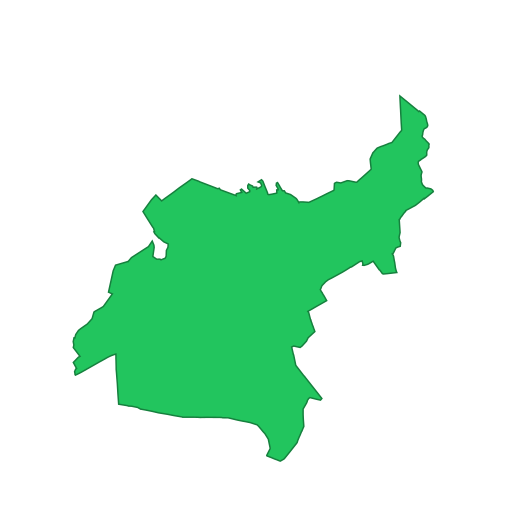 Varakļānu pag., Varaklanu, Latvia (Albers equal-area conic projection), rotated 15°
{"feature_id": "27541924B80476747550323", "entity_name": "Varakļānu pag.", "entity_type": "district", "adm_level": 2, "iso_a3": "LVA", "parent_name": "Latvia", "parent_adm1": "Varaklanu", "projection": "albers", "projection_center": [26.71, 56.607], "detail": "fine", "context": "isolated", "style": "filled", "palette": "green", "viewbox_px": 512, "rotation_deg": 15, "n_neighbors": 0, "source": "geoboundaries", "source_scale": "gbopen_adm2", "svg_char_len": 5958}
<svg xmlns="http://www.w3.org/2000/svg" viewBox="0 0 512 512"><g transform="rotate(15 256 256)"><path d="M133.2,294.8L122.7,301.2L121.9,307.3L122.9,329.1L127.1,329.8L121.6,344.3L120.2,345.8L114.2,351.7L114.0,352.2L113.9,359.0L111.3,364.1L110.8,365.2L105.6,371.4L103.8,373.8L102.2,378.5L102.2,382.1L101.4,382.1L101.6,386.0L103.1,389.1L103.2,391.7L112.0,398.5L110.7,399.6L107.1,406.1L111.8,411.1L111.1,411.9L110.7,414.7L111.7,416.7L111.9,417.4L112.4,417.8L114.4,416.1L116.0,414.7L117.6,413.2L131.4,399.6L132.2,398.8L133.8,397.3L138.9,392.3L140.6,390.8L142.5,389.3L144.4,388.0L146.0,387.0L146.5,388.5L146.8,389.5L147.2,391.1L147.8,393.0L149.5,398.8L150.3,401.7L151.4,404.7L155.1,415.2L158.6,425.7L161.7,434.7L170.7,433.8L171.4,434.0L174.6,433.3L180.9,432.9L184.2,433.8L184.5,433.7L189.5,433.3L196.0,432.9L202.5,432.7L211.4,431.8L217.6,431.4L226.2,430.6L226.8,430.7L236.8,428.0L241.2,426.9L243.8,426.4L248.7,425.0L249.2,424.8L261.2,421.7L264.3,420.9L265.5,420.9L271.0,419.5L279.5,419.3L281.8,419.2L286.4,418.9L286.5,418.9L288.5,418.7L293.4,418.4L300.9,418.8L302.9,420.0L308.4,423.9L310.6,425.3L315.2,429.6L315.4,429.9L319.5,438.1L319.5,438.5L318.0,445.7L318.0,445.9L318.4,446.3L320.0,446.4L321.1,446.6L321.7,446.6L324.1,446.9L327.0,447.3L328.8,447.4L331.8,447.8L332.6,447.8L335.4,445.0L335.8,444.5L339.3,436.6L342.7,428.7L343.0,428.0L343.6,426.7L344.0,425.5L344.1,423.2L344.6,419.4L344.9,417.8L345.4,413.9L345.6,413.5L346.0,410.3L346.3,408.4L346.3,408.2L344.7,403.6L343.9,401.3L342.6,397.2L341.1,391.6L342.9,384.9L343.1,383.3L343.0,382.4L343.7,380.1L344.7,378.8L351.3,378.7L355.6,378.5L356.5,376.6L345.7,368.5L334.4,360.1L334.3,359.9L332.9,359.1L322.7,351.3L317.9,341.7L317.6,341.5L314.0,334.7L315.7,333.2L322.3,332.9L323.8,331.0L326.8,325.2L327.5,321.5L330.8,316.3L331.5,315.2L332.4,313.8L332.2,313.6L331.6,312.5L331.0,311.8L329.5,309.5L329.4,309.4L328.9,308.7L328.3,308.0L327.4,306.5L325.5,303.9L325.6,303.7L325.4,303.6L324.8,302.8L321.6,297.1L321.2,296.7L320.4,296.1L327.3,289.2L335.8,280.8L331.5,276.4L330.8,275.9L329.1,274.0L328.7,273.9L326.8,271.8L327.1,270.2L327.3,267.8L328.0,266.4L329.4,263.9L329.6,263.4L329.9,262.9L332.0,260.2L334.8,257.7L343.5,249.4L346.6,246.2L347.5,245.2L349.2,243.4L349.9,242.4L350.3,242.4L351.3,241.6L357.6,234.6L359.8,233.3L361.2,235.7L361.4,236.5L361.4,237.3L361.9,237.2L362.8,237.1L366.1,235.1L367.3,234.0L370.5,230.7L378.7,237.5L379.3,237.6L382.5,240.2L383.1,240.4L383.7,240.4L387.5,239.0L396.3,235.5L395.4,234.3L393.8,231.5L391.7,226.5L390.6,224.3L388.9,220.6L388.2,219.6L387.1,218.7L387.9,217.7L389.0,212.1L390.6,210.7L392.8,209.3L392.3,205.7L391.5,204.7L391.1,204.2L389.5,201.3L389.3,200.4L389.2,198.8L389.1,196.1L384.9,183.7L385.4,183.2L385.5,182.3L385.9,181.0L386.5,179.8L387.6,176.8L388.2,175.5L389.0,174.1L388.9,173.3L397.0,165.7L400.0,161.7L403.3,156.9L403.7,157.3L406.7,153.4L407.1,152.8L410.6,148.0L410.3,147.5L410.0,147.2L409.8,146.9L409.2,146.6L408.2,146.1L407.9,146.0L407.1,145.9L404.0,146.0L403.5,146.1L403.1,146.3L402.7,146.4L402.3,146.3L401.0,145.6L399.2,144.6L398.8,144.4L397.8,143.3L396.9,142.0L396.5,141.4L396.4,141.1L396.4,140.6L396.1,139.4L396.0,139.0L395.6,138.0L395.0,136.6L394.6,135.4L394.5,133.8L394.6,132.2L394.5,131.7L389.2,125.6L389.0,125.2L388.4,123.5L388.4,123.0L388.5,122.7L388.7,122.3L389.0,121.8L389.8,121.0L390.3,120.4L390.4,120.0L390.5,119.8L391.0,119.4L391.4,119.0L393.7,116.4L394.7,114.8L394.8,114.3L394.6,113.6L394.4,112.9L394.1,112.0L393.9,110.1L394.1,109.0L394.2,108.5L394.6,107.7L394.8,107.1L394.9,106.7L394.8,105.9L394.5,105.1L394.2,103.9L394.3,103.2L394.2,103.1L394.1,102.9L392.7,102.0L390.6,100.8L388.8,99.5L388.3,99.3L387.4,99.0L386.7,98.6L386.0,98.1L385.4,97.2L385.4,96.9L385.4,96.6L385.6,96.1L385.2,93.3L385.2,91.8L385.3,90.5L385.5,89.8L385.8,89.3L386.3,88.9L386.9,88.4L387.4,87.8L387.8,87.2L388.0,86.8L388.1,86.0L388.1,85.3L387.5,84.1L387.0,83.3L386.1,81.9L385.1,79.8L383.8,77.6L383.2,76.9L382.6,76.4L376.4,73.6L375.8,74.3L375.7,74.2L365.2,69.4L353.6,64.2L354.5,67.1L357.2,75.5L358.0,77.9L358.3,78.9L358.6,79.8L361.8,89.8L364.0,96.3L364.1,96.5L364.0,97.2L363.5,98.4L363.2,98.8L358.9,108.9L358.2,110.6L357.9,111.2L357.0,111.8L355.2,112.9L353.6,114.2L350.2,116.7L348.2,118.0L345.9,119.8L345.3,120.3L345.0,120.6L343.5,123.5L343.0,124.6L342.2,126.0L341.2,132.4L341.2,132.9L342.4,136.2L344.7,142.0L344.7,142.6L341.0,148.3L337.6,153.5L336.2,155.5L334.4,158.4L333.9,158.8L333.5,158.9L327.4,159.2L326.1,159.3L324.5,159.7L319.0,163.5L314.8,163.9L314.5,164.1L313.2,165.3L313.0,165.6L314.3,171.9L314.2,172.2L313.9,172.7L308.2,177.6L304.2,181.2L301.5,183.5L300.3,184.6L293.2,190.5L287.5,191.6L284.8,192.3L283.5,192.8L283.5,193.2L280.7,190.6L279.8,190.0L278.5,189.5L273.5,187.7L268.3,187.4L266.5,185.7L264.9,186.1L264.6,186.1L263.1,184.7L261.4,183.1L260.5,182.1L257.8,179.5L256.9,180.3L257.2,182.4L257.2,182.6L260.7,186.2L260.8,186.2L258.9,186.8L259.8,189.7L259.6,190.0L255.3,192.2L252.6,193.4L252.4,193.4L251.4,193.3L251.3,193.2L251.0,192.4L250.7,191.9L246.3,186.1L243.3,182.0L241.6,180.9L238.8,183.9L241.5,184.2L243.1,186.2L243.2,187.1L242.8,188.0L241.2,189.5L239.5,190.9L239.5,190.2L238.8,189.3L236.7,189.9L235.5,190.4L234.6,189.3L231.9,188.9L230.3,188.4L229.8,190.1L230.5,192.6L233.0,194.3L233.3,195.5L230.3,197.9L224.7,195.1L223.8,196.2L225.8,198.3L221.0,200.9L220.8,201.7L220.8,202.3L221.1,202.8L204.7,201.3L204.5,201.2L202.9,200.1L202.8,200.3L201.6,200.9L199.9,200.8L199.7,200.8L199.6,200.7L187.3,199.4L182.4,198.9L181.4,198.6L174.1,198.0L172.8,199.7L171.3,201.5L170.7,202.3L164.1,210.2L161.5,213.6L159.9,215.7L155.5,221.1L153.1,224.0L150.6,227.2L143.5,223.0L140.5,228.7L135.3,242.3L140.5,247.2L148.5,254.6L150.0,255.8L150.9,257.5L151.7,258.7L151.1,259.1L152.5,260.6L157.6,263.8L157.9,263.6L163.3,266.2L168.1,267.1L168.7,270.4L168.0,273.8L169.3,279.6L168.8,281.7L165.2,284.3L164.1,283.9L160.9,284.8L156.5,283.2L155.4,274.1L154.6,272.0L151.9,268.4L149.7,274.8L147.4,277.3L136.1,289.8L133.9,294.5L133.7,294.4L133.2,294.8Z" fill="#22c55e" stroke="#15803d" stroke-width="1.5"/></g></svg>